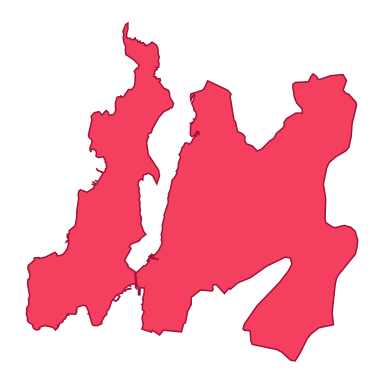 Moss nor, Østfold, Norway
{"feature_id": "86288312B47904591856116", "entity_name": "Moss nor", "entity_type": "district", "adm_level": 2, "iso_a3": "NOR", "parent_name": "Norway", "parent_adm1": "Østfold", "projection": "albers", "projection_center": [10.675, 59.459], "detail": "fine", "context": "isolated", "style": "filled", "palette": "rose", "viewbox_px": 384, "rotation_deg": 0, "n_neighbors": 0, "source": "geoboundaries", "source_scale": "gbopen_adm2", "svg_char_len": 5910}
<svg xmlns="http://www.w3.org/2000/svg" viewBox="0 0 384 384"><path d="M191.1,93.8L190.4,96.2L191.0,100.5L192.6,96.6L194.1,94.4L194.8,95.0L193.6,100.0L191.7,103.5L193.8,108.0L194.0,110.5L195.9,111.9L196.4,115.8L195.6,117.4L195.8,118.8L193.5,119.1L194.2,120.1L193.6,121.5L190.8,123.1L192.3,123.3L190.6,124.9L190.3,134.7L191.7,136.6L193.9,135.7L195.6,134.3L196.7,131.4L198.9,131.8L199.0,134.2L197.4,133.0L196.4,134.7L196.8,135.3L193.4,138.1L191.4,142.3L189.1,144.2L186.5,142.7L184.7,143.3L183.5,146.6L182.4,146.9L180.6,152.6L179.1,154.4L180.7,157.2L178.5,162.6L178.1,168.0L176.2,171.3L177.1,172.5L175.2,176.7L172.2,180.0L170.5,188.9L168.5,194.2L168.5,196.9L167.9,197.7L168.3,202.6L164.1,215.0L164.5,216.4L162.2,225.7L162.6,228.8L161.2,234.9L162.0,237.8L161.2,239.4L162.0,242.5L161.8,244.1L158.7,250.4L153.7,255.9L153.7,254.9L151.7,254.5L151.0,255.4L151.9,255.5L151.5,256.7L150.4,256.8L150.8,255.0L149.1,256.5L158.9,259.6L149.2,257.9L146.6,261.5L148.6,259.8L149.3,260.8L146.2,265.1L143.6,266.0L137.1,272.1L135.7,272.2L136.5,282.8L137.4,286.8L138.2,287.2L137.6,289.4L138.0,288.5L138.6,289.8L138.4,294.8L139.9,294.9L140.2,287.8L144.3,288.0L144.2,292.5L142.6,299.7L143.3,299.8L142.8,303.6L141.9,304.5L142.6,304.6L142.2,309.4L144.2,311.6L142.2,316.8L142.1,318.9L143.3,324.9L141.9,329.0L151.5,332.2L152.1,330.2L159.6,335.0L163.4,330.2L181.5,331.9L183.4,324.3L185.5,322.7L187.6,311.4L191.3,304.3L191.1,297.5L200.6,290.0L212.1,291.0L213.2,289.3L212.4,286.7L213.3,285.2L216.1,284.5L224.5,293.6L228.7,288.3L230.3,289.3L237.9,282.8L250.3,277.7L266.4,266.3L285.3,257.1L290.4,258.0L291.9,264.2L288.3,271.0L279.9,282.0L257.0,305.9L244.5,323.9L243.0,328.9L244.5,330.4L250.1,330.7L250.9,341.2L252.3,344.4L277.1,349.6L282.2,352.4L290.5,360.1L295.0,361.0L299.8,353.5L307.3,338.4L311.4,333.6L319.1,327.7L333.5,324.7L332.1,313.0L335.2,284.1L336.5,278.4L338.1,275.3L355.2,254.3L356.9,247.9L357.7,240.2L355.1,231.2L350.8,227.3L344.3,225.4L335.5,227.6L332.4,227.0L325.7,222.5L325.0,218.8L325.7,199.4L323.4,184.0L326.7,167.8L329.1,162.6L335.7,156.8L345.7,151.0L348.8,147.5L351.2,136.4L352.1,123.7L356.3,106.3L356.5,104.2L355.6,101.9L348.7,94.2L346.1,93.4L343.1,90.1L346.5,80.6L343.0,74.6L330.6,75.7L320.1,79.4L318.1,79.3L316.5,76.4L313.1,73.9L310.7,76.9L308.4,81.8L295.3,82.4L293.0,84.3L292.9,87.8L294.6,98.0L296.6,102.8L302.1,109.0L302.4,113.1L295.9,113.1L286.7,118.5L283.9,122.5L284.4,125.3L283.3,127.5L276.3,133.5L274.1,138.1L269.8,140.9L261.8,149.0L257.2,151.0L252.2,145.8L246.3,143.8L244.7,140.5L245.0,136.6L242.3,133.7L237.4,131.4L235.5,121.9L234.0,120.3L230.1,96.4L231.1,94.1L228.0,90.4L207.7,80.8L204.6,87.7L202.4,90.3L191.1,93.8ZM126.5,36.9L126.9,32.3L127.9,29.2L127.9,23.0L125.6,24.7L122.9,31.5L123.8,34.8L123.2,37.4L123.9,42.3L125.7,46.7L125.3,50.0L125.8,54.5L133.6,59.6L139.1,65.2L137.8,68.3L136.7,68.3L134.2,71.2L135.4,74.6L134.9,83.7L134.1,86.7L131.7,89.5L128.5,89.5L123.5,96.8L120.8,97.1L121.0,95.2L120.6,96.6L117.1,97.2L115.4,102.9L115.7,110.4L113.9,114.4L109.4,115.3L107.6,111.4L105.9,110.6L102.1,115.1L99.0,111.6L94.4,112.7L91.1,116.3L91.9,119.8L88.5,134.8L89.1,137.4L91.1,139.1L92.1,141.8L89.9,148.3L90.0,150.2L91.0,152.1L90.9,150.1L92.8,148.9L95.8,150.8L96.4,152.9L96.0,156.3L96.6,156.7L98.8,157.6L103.3,156.7L105.3,160.5L105.2,162.3L106.6,163.2L106.2,164.2L106.7,167.7L105.3,169.2L105.2,171.5L103.4,172.6L97.8,170.2L96.2,168.3L97.7,170.4L102.6,172.7L102.6,174.0L98.1,181.6L94.6,180.3L97.9,181.7L96.6,184.0L92.3,181.6L95.8,184.1L95.2,185.3L91.5,183.9L94.6,185.2L93.5,188.1L87.1,192.3L80.4,189.8L78.9,191.0L78.2,194.0L78.6,199.0L76.8,211.1L76.8,216.5L75.2,225.7L69.1,230.7L69.4,233.5L67.4,234.2L67.1,237.3L67.7,238.2L67.6,236.7L68.6,235.3L68.2,237.1L68.8,240.5L66.9,240.9L66.3,241.9L68.1,241.0L68.6,243.4L67.4,248.3L65.0,252.1L62.8,254.5L58.7,255.9L56.9,255.6L57.1,254.3L55.0,252.3L45.4,257.1L39.6,258.5L39.3,257.6L34.5,257.8L34.0,260.5L28.2,265.5L27.9,268.3L29.8,274.5L29.8,276.9L29.3,278.8L28.0,279.4L27.5,283.3L29.7,296.1L28.5,299.0L28.9,304.6L26.6,308.3L26.9,311.5L26.3,313.7L27.5,317.7L27.4,320.2L28.5,322.2L32.4,324.6L33.3,328.0L35.5,329.8L38.4,329.8L39.9,328.7L39.4,328.1L39.8,327.2L44.5,325.6L53.1,327.3L55.4,330.0L57.9,327.7L57.6,325.4L58.7,326.0L59.5,323.6L62.9,321.7L62.9,320.3L65.6,318.4L66.9,315.0L68.2,315.2L67.6,314.6L68.0,313.8L75.7,314.2L76.8,311.9L76.1,310.7L76.9,309.8L77.0,307.2L83.3,305.2L86.2,306.2L88.9,312.3L88.8,313.5L87.5,313.6L89.2,314.3L92.3,324.5L93.8,325.6L97.6,325.6L101.9,323.5L101.1,322.8L104.1,316.9L106.7,314.4L106.8,311.3L108.9,309.1L111.7,301.1L113.6,299.8L115.8,301.3L119.0,298.9L115.7,301.0L113.2,299.1L117.1,294.6L119.6,296.6L118.4,298.3L118.9,298.1L119.9,296.7L118.2,295.1L119.1,293.8L122.3,293.3L122.7,291.4L125.5,290.8L127.2,289.4L131.5,288.8L128.3,288.6L125.4,290.3L124.3,288.9L129.6,284.9L130.8,287.2L130.1,285.2L132.2,284.0L135.3,284.1L135.5,287.5L136.0,288.1L134.9,271.6L128.0,266.9L128.0,265.1L124.5,260.5L130.4,249.9L131.0,248.2L129.2,246.8L131.1,244.0L139.2,241.0L141.0,238.2L145.9,234.4L143.6,231.4L140.7,223.3L141.5,218.2L139.7,213.2L140.4,210.2L139.6,205.3L140.1,203.8L139.1,198.8L140.0,196.2L138.9,191.4L139.3,188.9L138.0,184.7L138.2,182.2L140.9,178.9L142.8,180.0L143.1,175.1L148.7,173.3L152.7,175.6L156.8,183.9L159.5,175.9L159.4,174.0L158.7,173.4L158.9,171.1L157.5,168.4L148.3,154.7L146.6,142.8L147.3,139.4L148.7,137.0L147.7,135.5L148.1,134.1L151.3,132.7L152.7,128.2L158.8,117.3L163.9,111.5L169.1,109.2L169.7,107.9L171.4,108.0L172.8,106.3L173.5,103.2L169.9,97.4L169.3,92.1L168.2,90.1L163.7,88.1L159.2,81.9L160.5,80.8L159.9,78.5L157.0,78.9L156.0,78.2L156.4,77.2L153.7,76.4L154.2,74.3L155.4,74.4L154.2,74.2L154.9,71.6L154.4,70.8L157.3,69.4L156.2,67.5L158.7,67.2L159.0,63.9L158.4,61.0L159.2,56.5L158.4,54.9L157.8,48.0L156.5,45.2L152.0,42.1L149.0,44.7L145.2,45.7L145.2,44.4L143.3,43.1L144.0,42.6L140.6,43.0L140.2,41.1L137.9,42.1L137.6,40.4L135.0,39.4L135.2,38.1L132.4,40.0L129.8,38.2L127.6,38.3L126.5,36.9Z" fill="#f43f5e" stroke="#9f1239" stroke-width="1.5"/></svg>